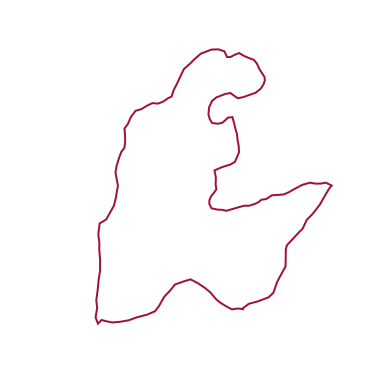 outline of Gadabay District, Gədəbəy, Azerbaijan, rotated 70°
{"feature_id": "54616110B46799199998097", "entity_name": "Gadabay District", "entity_type": "district", "adm_level": 2, "iso_a3": "AZE", "parent_name": "Azerbaijan", "parent_adm1": "Gədəbəy", "projection": "robinson", "projection_center": [45.649, 40.556], "detail": "fine", "context": "isolated", "style": "outline", "palette": "rose", "viewbox_px": 384, "rotation_deg": 70, "n_neighbors": 0, "source": "geoboundaries", "source_scale": "gbopen_adm2", "svg_char_len": 2188}
<svg xmlns="http://www.w3.org/2000/svg" viewBox="0 0 384 384"><g transform="rotate(70 192 192)"><path d="M233.7,58.5L229.0,63.1L228.1,68.3L226.2,73.5L223.6,77.9L223.0,86.0L224.5,96.6L225.3,101.0L225.7,106.5L224.0,112.7L222.4,117.9L224.0,124.7L223.0,129.3L224.4,133.4L224.7,137.8L224.4,143.2L222.7,147.9L222.1,155.8L221.8,160.4L221.3,166.5L219.1,169.6L217.3,174.0L214.3,178.8L214.0,179.2L209.0,179.8L205.4,178.3L202.4,175.3L200.4,171.9L197.7,168.1L193.2,167.3L186.5,164.6L179.4,163.5L178.9,155.4L179.3,146.2L178.3,141.3L173.9,137.1L170.7,134.2L164.7,132.4L159.2,131.5L152.8,129.9L148.8,129.7L142.4,129.0L135.5,128.4L134.9,130.7L134.4,132.6L136.5,137.6L137.3,140.0L136.6,144.6L134.0,149.5L129.8,150.4L124.7,150.0L118.2,146.9L113.3,142.0L111.4,136.6L111.4,134.1L111.3,132.2L111.3,126.7L112.2,122.0L116.8,118.9L117.2,118.6L119.5,116.9L120.4,111.3L120.4,105.6L120.5,98.2L118.4,92.0L114.9,87.6L114.2,87.1L112.1,85.4L111.9,85.4L108.8,84.5L100.2,86.5L93.4,87.1L88.8,88.8L85.6,92.7L81.9,96.6L77.6,100.1L77.6,104.4L78.3,109.6L77.2,112.9L70.9,113.5L67.0,118.3L64.8,125.0L64.9,131.1L65.0,136.3L67.8,143.7L70.9,150.4L73.7,157.6L81.2,165.2L85.6,169.6L90.0,174.4L95.3,178.5L95.7,182.4L97.2,188.4L97.3,193.7L94.9,198.8L95.5,205.1L96.8,211.0L96.4,217.3L100.7,223.8L106.2,229.1L109.3,233.8L115.4,235.4L122.2,237.7L127.5,240.5L130.0,244.6L134.6,248.6L141.9,254.1L147.7,257.3L153.9,258.3L160.9,259.5L166.6,262.9L171.1,265.3L178.1,270.0L184.5,277.4L188.5,282.1L189.9,289.5L199.9,294.6L207.9,296.4L214.9,299.0L224.1,301.5L234.3,305.2L242.1,309.5L252.1,314.3L261.1,319.0L268.3,320.7L276.9,325.5L283.5,325.4L281.3,320.7L283.7,317.5L287.3,311.5L289.3,304.3L290.9,295.5L290.9,286.6L291.3,282.5L291.9,276.1L291.4,267.6L288.0,262.2L280.8,253.7L277.3,246.6L273.1,239.6L273.2,229.8L273.6,223.2L279.9,217.5L287.1,212.3L292.8,209.0L301.1,206.0L305.7,203.2L310.4,199.6L315.9,194.7L317.2,188.6L319.2,184.7L318.9,184.8L316.5,176.8L317.3,167.7L317.2,160.8L317.2,156.1L314.5,150.0L305.8,142.9L302.3,139.1L294.0,129.6L286.3,126.6L277.8,123.4L274.5,121.0L270.7,113.6L267.0,106.4L264.3,100.6L257.4,93.7L254.0,86.5L251.2,81.8L247.6,76.2L242.3,70.0L235.8,62.1L233.7,58.5Z" fill="none" stroke="#9f1239" stroke-width="2"/></g></svg>